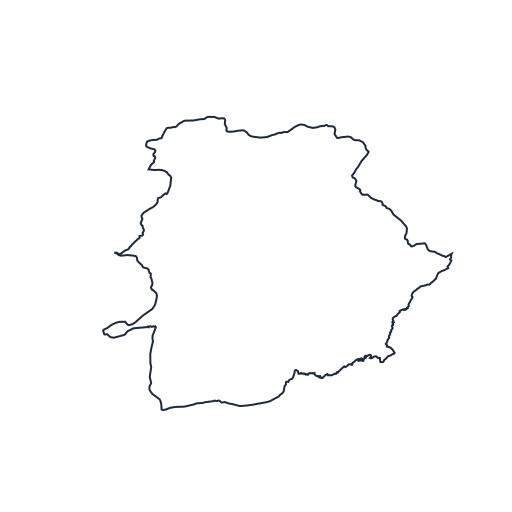 Tona, Santander, Colombia (Equal Earth projection), rotated 60°
{"feature_id": "7082276B13563988320283", "entity_name": "Tona", "entity_type": "district", "adm_level": 2, "iso_a3": "COL", "parent_name": "Colombia", "parent_adm1": "Santander", "projection": "equal_earth", "projection_center": [-72.942, 7.167], "detail": "fine", "context": "isolated", "style": "outline", "palette": "slate", "viewbox_px": 512, "rotation_deg": 60, "n_neighbors": 0, "source": "geoboundaries", "source_scale": "gbopen_adm2", "svg_char_len": 6139}
<svg xmlns="http://www.w3.org/2000/svg" viewBox="0 0 512 512"><g transform="rotate(60 256 256)"><path d="M114.8,222.5L111.5,228.0L111.3,230.2L111.6,232.2L109.8,235.7L107.2,242.8L103.3,249.7L103.0,251.2L103.0,256.3L103.1,257.4L104.0,259.7L104.0,261.0L103.7,262.2L103.0,263.0L102.2,266.0L101.1,267.8L100.7,269.6L103.9,275.1L106.7,279.0L106.0,280.6L105.7,283.9L103.4,288.6L102.9,290.3L102.5,293.2L103.8,294.7L105.6,296.1L106.6,296.1L109.8,293.8L113.0,290.5L114.6,290.5L115.5,291.6L116.4,293.9L118.2,294.7L119.3,293.7L120.0,293.8L121.8,295.7L122.3,296.8L123.7,297.3L124.6,301.4L127.3,305.7L130.7,301.1L132.8,297.0L134.5,294.5L136.8,292.5L139.0,291.3L141.6,291.1L143.7,290.2L145.6,290.2L152.2,295.0L156.6,300.3L157.7,302.3L156.5,303.2L156.8,305.6L157.7,309.1L156.9,311.6L157.5,312.6L159.7,314.0L160.6,315.0L161.5,317.3L162.2,320.8L162.0,324.0L162.4,331.9L163.8,335.0L165.2,335.7L167.1,335.8L169.9,339.5L171.6,339.7L173.2,339.1L174.5,339.8L177.3,340.0L178.5,341.0L179.2,342.6L180.9,343.1L181.3,343.7L181.4,344.5L180.5,346.9L182.3,347.9L182.1,349.6L182.8,351.8L183.2,354.5L183.7,355.3L184.0,357.3L184.9,359.2L184.9,360.6L185.4,361.1L186.3,363.2L185.8,367.2L186.5,372.6L186.0,373.5L183.1,375.4L182.3,376.9L184.6,375.0L186.5,374.5L188.4,372.5L190.9,366.9L194.0,362.5L196.1,360.1L198.2,360.0L200.5,361.1L202.8,360.7L206.9,359.3L209.2,359.6L212.7,356.2L214.2,355.8L215.8,356.5L217.1,356.6L218.7,355.9L221.5,357.8L223.7,358.0L227.9,359.3L229.4,360.6L230.3,362.3L231.4,362.9L233.6,362.8L234.4,362.1L238.2,360.9L241.1,361.7L243.2,363.5L247.1,367.1L248.5,369.1L250.0,372.3L251.1,384.1L253.2,394.1L253.2,397.4L252.3,400.8L251.3,401.5L247.5,402.2L244.7,407.3L243.8,410.8L243.4,415.7L244.0,420.8L243.7,424.4L244.3,425.8L248.0,426.5L248.7,425.7L249.0,424.5L249.6,423.9L253.4,422.7L255.7,420.0L258.3,410.2L258.4,408.3L257.1,405.5L257.0,404.1L257.4,398.2L263.1,385.9L263.0,385.1L264.1,384.5L263.6,383.7L264.3,382.3L265.2,381.8L265.6,379.9L266.2,379.7L266.5,378.4L267.7,378.4L273.4,385.5L275.9,387.0L278.7,388.1L282.7,392.0L288.2,396.7L296.3,401.2L299.7,402.2L307.6,408.5L313.6,410.3L315.8,413.4L317.3,414.5L318.4,415.0L320.2,415.1L323.7,414.7L331.5,411.3L333.3,411.1L336.7,412.0L341.7,414.5L342.9,413.6L343.9,410.7L344.5,406.5L345.4,403.9L346.6,400.9L350.6,393.5L353.7,383.3L353.7,381.7L356.8,375.1L357.1,373.4L360.4,365.5L360.5,364.1L361.7,363.0L362.6,360.5L363.2,359.9L365.6,359.2L367.0,355.9L370.1,353.3L372.5,350.4L377.9,345.0L381.0,338.5L383.2,333.0L387.7,320.4L388.7,316.7L389.0,306.5L388.1,303.9L388.1,302.2L387.6,300.7L386.9,299.6L383.1,296.4L382.2,294.4L380.2,293.1L380.3,291.9L381.1,291.1L379.9,288.8L380.4,286.1L379.5,284.5L377.1,281.6L375.2,280.2L374.5,278.9L375.1,278.0L377.0,277.3L379.1,278.1L380.0,276.8L379.8,275.4L380.9,275.0L381.6,273.3L382.0,273.3L382.0,274.1L382.8,272.1L383.6,272.2L384.1,270.7L384.8,270.5L384.8,270.1L384.1,269.5L384.3,268.1L384.7,267.8L384.7,267.2L385.5,266.2L385.8,265.3L386.4,265.2L386.6,263.9L387.5,264.4L389.7,263.9L390.6,263.0L392.1,260.5L392.7,260.5L392.9,261.7L394.6,260.1L394.8,258.9L393.9,255.8L393.8,253.4L394.1,253.1L395.4,253.3L396.1,251.6L397.1,250.4L397.4,246.3L398.1,245.9L398.1,245.4L397.1,244.0L397.1,243.7L397.9,243.3L397.1,241.4L395.8,235.6L395.9,234.6L396.9,234.3L396.8,231.7L396.3,230.2L396.3,229.4L396.9,228.5L398.2,227.5L398.0,226.8L397.2,226.6L396.9,225.8L396.6,223.0L396.2,221.8L396.2,219.3L396.5,218.9L397.0,219.4L398.0,219.7L398.4,218.7L398.7,217.6L398.4,217.3L396.9,218.0L397.4,215.7L398.1,215.5L400.0,216.3L400.4,215.8L400.4,215.4L399.0,213.7L399.1,211.9L398.9,211.7L398.1,212.6L397.7,212.6L397.4,212.3L397.1,211.2L398.2,209.4L398.2,207.3L398.9,206.4L399.4,206.1L400.6,206.6L401.3,208.4L402.1,207.7L402.4,206.5L402.1,204.0L403.0,202.2L403.6,201.7L404.9,201.7L406.2,199.7L409.9,201.3L410.3,201.0L411.3,199.1L411.1,198.2L410.1,196.8L409.9,194.8L408.8,191.6L409.4,189.7L409.3,186.8L409.7,185.3L409.2,184.4L405.7,184.5L402.6,185.3L399.9,187.9L399.1,187.1L398.3,187.4L397.6,187.2L397.4,187.6L397.1,187.6L395.6,184.9L394.5,184.1L393.6,181.7L391.9,181.0L390.9,178.9L389.4,178.3L389.1,176.7L387.9,176.1L386.8,173.7L384.6,173.4L384.3,171.8L384.0,171.5L383.0,171.7L382.5,170.9L382.4,170.1L381.3,170.7L381.1,169.5L378.9,169.2L378.0,168.0L377.8,166.3L378.1,164.1L377.2,162.5L376.6,159.7L376.3,159.3L375.6,159.2L375.4,158.3L375.7,155.6L376.4,153.9L376.8,154.5L377.2,153.7L377.3,152.7L376.8,151.6L377.2,151.1L377.0,150.6L376.3,150.7L375.7,148.6L374.2,148.1L369.9,141.0L368.3,141.2L366.6,139.3L365.8,137.6L365.4,133.4L365.0,132.7L365.1,130.5L364.6,128.7L366.1,124.3L366.4,122.0L367.4,120.2L367.2,118.9L366.8,118.2L366.7,116.2L365.6,111.5L362.3,107.4L361.9,106.1L361.9,102.3L362.4,100.4L362.6,95.6L360.9,95.4L360.1,93.0L357.8,89.2L355.9,89.7L355.1,88.0L352.3,86.1L351.9,85.5L351.8,92.2L350.5,92.8L349.0,94.4L345.5,96.7L344.4,97.8L341.8,99.0L338.9,102.8L336.5,103.9L331.5,103.2L329.5,103.3L325.9,111.1L326.1,113.8L325.5,116.6L325.2,116.8L322.8,117.1L321.9,118.0L320.1,117.8L318.9,117.0L317.4,117.0L316.0,118.2L315.1,118.2L313.5,117.2L311.7,114.6L310.4,113.4L307.3,111.4L305.0,111.3L297.8,112.7L288.9,116.2L284.5,116.2L282.0,116.9L279.6,119.0L278.0,118.8L274.8,120.8L273.4,120.0L271.9,120.0L270.8,120.7L269.3,123.0L268.2,123.5L266.0,125.5L263.1,127.3L258.6,128.7L256.3,133.1L254.6,133.6L252.0,133.6L251.5,133.0L250.7,132.7L249.1,133.3L246.4,135.0L244.8,135.0L241.0,131.4L238.2,131.6L236.4,133.0L234.4,132.6L233.3,129.8L230.6,125.1L230.1,123.5L226.5,117.0L223.9,109.3L222.2,106.5L221.8,106.3L219.6,107.2L216.9,106.9L215.4,106.1L211.0,106.5L207.3,108.9L205.3,112.2L204.5,113.0L203.0,113.8L200.8,114.3L198.7,116.4L195.9,122.5L194.9,126.0L194.0,126.8L189.7,127.0L186.0,124.0L183.7,123.7L182.1,124.7L179.7,128.5L178.5,128.9L177.7,129.6L177.3,132.1L175.7,135.5L175.1,138.8L173.4,142.9L169.5,146.9L166.7,148.5L164.5,151.5L163.9,153.3L163.6,158.0L164.5,166.6L162.4,170.3L162.2,172.5L161.2,173.7L160.4,176.6L160.3,178.5L159.4,181.3L158.5,187.0L155.7,193.0L151.1,199.0L149.8,200.4L147.4,201.8L144.5,202.1L140.9,203.9L138.7,208.5L136.8,213.7L134.9,217.3L133.5,218.8L132.4,218.9L130.5,217.4L126.0,217.0L123.0,214.8L121.1,214.7L119.8,216.3L118.4,219.6L114.8,222.5Z" fill="none" stroke="#1e293b" stroke-width="2"/></g></svg>